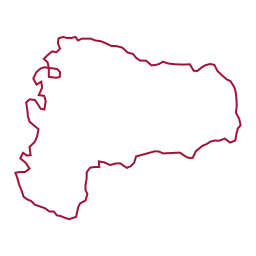 outline of São Jorge, Rio Grande do Sul, Brazil
{"feature_id": "56859067B70326013254497", "entity_name": "São Jorge", "entity_type": "district", "adm_level": 2, "iso_a3": "BRA", "parent_name": "Brazil", "parent_adm1": "Rio Grande do Sul", "projection": "equal_earth", "projection_center": [-51.726, -28.505], "detail": "fine", "context": "isolated", "style": "outline", "palette": "rose", "viewbox_px": 256, "rotation_deg": 0, "n_neighbors": 0, "source": "geoboundaries", "source_scale": "gbopen_adm2", "svg_char_len": 1771}
<svg xmlns="http://www.w3.org/2000/svg" viewBox="0 0 256 256"><path d="M48.8,68.1L44.6,67.2L40.6,68.5L36.2,72.4L33.3,78.6L36.6,84.6L41.3,81.7L42.1,87.7L38.8,95.1L44.2,95.9L45.7,101.0L44.4,109.4L40.6,108.7L38.1,104.6L35.0,100.0L29.7,99.3L26.2,102.4L27.3,109.9L27.9,116.3L29.5,121.6L34.0,125.5L38.5,129.1L37.1,136.5L34.6,142.1L29.5,146.9L30.6,155.1L27.0,155.6L23.0,152.8L20.3,158.4L25.6,162.7L29.5,168.6L25.1,172.0L19.6,172.0L15.4,172.8L17.4,178.3L19.0,184.2L21.6,190.6L23.6,196.7L27.4,199.5L31.2,201.0L34.8,204.7L39.8,206.4L44.9,208.2L49.4,211.5L53.8,211.5L56.8,215.3L60.9,216.1L65.6,218.1L69.4,219.1L76.1,216.8L77.1,212.2L78.0,207.7L80.1,203.4L85.5,200.5L87.4,193.9L85.5,190.1L85.5,184.7L86.6,178.8L86.8,172.0L90.1,167.7L93.6,167.1L99.3,166.9L98.8,161.4L104.1,162.3L109.9,165.0L116.1,163.5L120.1,163.3L126.9,167.9L130.8,166.1L134.1,162.8L136.1,156.4L154.9,151.3L158.9,151.5L163.1,153.4L179.9,152.6L184.7,155.9L188.5,157.9L192.7,157.9L195.9,151.1L202.3,145.9L206.5,144.1L210.7,141.5L214.9,140.5L218.9,140.8L224.8,138.6L230.1,142.6L235.3,140.5L236.5,133.5L237.8,128.5L240.6,125.2L239.2,118.9L235.9,112.7L236.7,106.3L236.5,99.8L235.7,92.1L234.2,87.0L230.4,81.1L226.6,79.3L222.2,75.5L217.4,70.9L214.3,64.8L210.0,64.0L205.2,65.3L201.5,67.5L197.5,70.9L193.7,70.8L189.9,64.3L183.5,64.6L175.5,64.3L168.3,63.5L162.9,61.7L159.1,64.0L155.3,65.0L151.4,65.3L146.1,60.7L139.8,60.5L135.9,57.6L133.1,54.0L127.6,52.5L122.2,47.6L116.5,46.1L111.3,45.9L106.0,43.3L100.4,41.1L95.4,40.5L90.8,38.7L86.4,38.7L81.9,38.7L78.0,40.5L75.5,36.9L71.3,38.0L66.6,37.9L63.1,36.9L58.5,38.4L57.9,43.3L60.0,48.7L56.5,52.2L52.1,51.4L47.4,55.3L43.8,58.9L47.6,62.3L48.8,68.1ZM48.8,68.1L52.7,68.3L57.2,69.1L60.1,72.1L59.7,77.0L56.0,77.8L48.8,76.8L48.8,68.1Z" fill="none" stroke="#9f1239" stroke-width="2"/></svg>